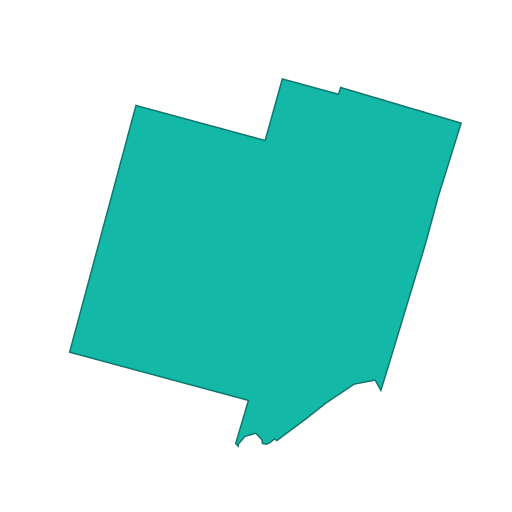 Tuscola, Michigan, United States of America (orthographic projection), rotated 197°
{"feature_id": "52423323B37995372909550", "entity_name": "Tuscola", "entity_type": "district", "adm_level": 2, "iso_a3": "USA", "parent_name": "United States of America", "parent_adm1": "Michigan", "projection": "orthographic", "projection_center": [-83.511, 43.476], "detail": "fine", "context": "isolated", "style": "filled", "palette": "teal", "viewbox_px": 512, "rotation_deg": 197, "n_neighbors": 0, "source": "geoboundaries", "source_scale": "gbopen_adm2", "svg_char_len": 561}
<svg xmlns="http://www.w3.org/2000/svg" viewBox="0 0 512 512"><g transform="rotate(197 256 256)"><path d="M224.3,441.9L224.3,434.8L282.6,433.0L281.0,369.1L405.9,365.1L414.8,364.9L406.1,109.5L221.0,115.7L220.6,70.8L217.5,69.0L218.0,70.7L213.9,80.2L204.4,86.5L196.5,82.0L195.2,78.9L194.4,78.6L191.2,79.1L188.2,81.5L184.8,86.6L182.1,85.6L170.4,101.6L165.3,108.5L160.7,114.8L160.2,115.5L146.2,135.8L124.7,162.2L105.8,172.2L97.3,164.0L97.2,190.3L97.4,254.1L97.5,317.3L99.1,366.3L98.7,443.0L224.3,441.9Z" fill="#14b8a6" stroke="#0f766e" stroke-width="1.5"/></g></svg>